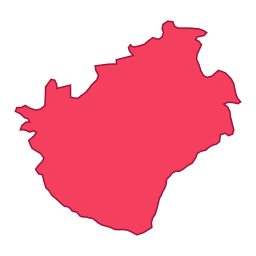 the district of Horizontina, Rio Grande do Sul, Brazil
{"feature_id": "56859067B7037292151986", "entity_name": "Horizontina", "entity_type": "district", "adm_level": 2, "iso_a3": "BRA", "parent_name": "Brazil", "parent_adm1": "Rio Grande do Sul", "projection": "albers", "projection_center": [-54.298, -27.589], "detail": "fine", "context": "isolated", "style": "filled", "palette": "rose", "viewbox_px": 256, "rotation_deg": 0, "n_neighbors": 0, "source": "geoboundaries", "source_scale": "gbopen_adm2", "svg_char_len": 2080}
<svg xmlns="http://www.w3.org/2000/svg" viewBox="0 0 256 256"><path d="M172.8,21.8L167.7,21.2L163.0,24.4L162.1,29.2L163.6,32.2L162.1,36.8L158.7,39.4L152.7,37.7L148.3,40.9L144.5,44.2L140.2,45.7L136.5,46.5L133.0,47.1L130.4,44.7L128.4,47.7L129.6,51.2L133.2,55.5L116.2,59.8L116.6,64.0L108.5,64.2L95.2,65.9L95.7,70.0L98.5,75.3L96.9,79.8L91.9,84.6L89.8,87.4L86.5,91.5L83.9,93.9L81.2,95.6L78.0,98.2L73.7,98.0L70.6,97.2L70.5,85.1L56.9,88.4L56.7,84.6L54.8,80.2L51.1,79.3L45.6,86.9L45.3,98.2L44.9,105.5L40.5,109.1L35.6,110.1L30.3,108.4L25.2,105.4L21.4,107.5L16.8,107.6L15.4,111.4L20.6,113.9L24.8,117.8L28.0,118.8L29.8,122.1L25.9,122.1L22.0,125.4L20.3,129.9L23.4,129.7L26.4,130.5L29.7,132.1L33.6,130.8L36.4,132.7L34.1,135.8L28.7,140.4L30.2,144.5L32.2,148.4L40.7,153.6L44.0,158.3L41.8,161.9L38.3,165.6L35.6,169.4L38.7,174.0L42.4,174.7L43.5,179.4L44.7,183.6L46.0,187.9L49.0,190.7L51.9,195.3L56.0,198.7L60.6,202.9L64.3,206.2L67.3,206.6L70.1,208.3L72.3,211.1L76.9,212.3L80.1,216.1L83.1,217.0L86.1,217.0L89.2,217.9L92.5,218.3L95.4,220.5L98.2,222.9L102.0,225.0L106.1,226.1L110.7,227.4L114.5,229.4L118.9,229.7L123.0,229.5L127.9,230.3L130.9,231.6L134.0,233.3L137.1,234.8L143.4,232.6L151.9,227.5L151.4,222.9L152.4,218.3L155.3,214.1L157.2,207.4L158.3,203.1L159.4,198.3L161.3,195.1L162.6,191.8L164.7,188.2L166.0,184.5L166.7,179.2L170.0,176.0L172.4,173.0L175.7,171.2L179.5,171.2L183.3,169.1L187.1,166.0L192.3,163.0L195.8,157.5L197.3,153.4L200.9,151.2L205.6,150.3L209.4,146.9L213.0,145.0L216.0,144.3L219.5,141.7L220.3,134.9L225.2,133.2L228.5,135.7L232.6,134.1L233.8,129.7L232.3,124.3L231.5,120.8L230.4,116.5L229.8,111.2L227.6,106.9L223.7,104.1L228.0,102.3L233.3,102.6L237.9,103.7L240.6,101.9L237.4,98.0L235.7,93.4L233.7,83.7L231.3,79.1L228.7,76.3L225.5,73.0L222.4,71.7L218.4,70.3L215.2,73.2L211.6,76.3L207.0,77.4L203.4,75.5L200.9,70.9L199.0,64.8L196.6,59.3L197.1,54.1L199.4,49.4L201.5,44.8L198.7,41.1L195.5,39.6L197.2,37.0L200.8,36.2L204.2,35.4L206.7,32.6L203.4,30.5L198.8,28.9L192.5,28.3L188.7,28.1L183.9,28.1L177.9,28.1L174.6,26.2L172.8,21.8Z" fill="#f43f5e" stroke="#9f1239" stroke-width="1.5"/></svg>